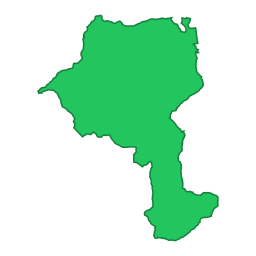 the district of Lapugiu De Jos, Hunedoara, Romania
{"feature_id": "2599482B98896548530240", "entity_name": "Lapugiu De Jos", "entity_type": "district", "adm_level": 2, "iso_a3": "ROU", "parent_name": "Romania", "parent_adm1": "Hunedoara", "projection": "albers", "projection_center": [22.473, 45.86], "detail": "fine", "context": "isolated", "style": "filled", "palette": "green", "viewbox_px": 256, "rotation_deg": 0, "n_neighbors": 0, "source": "geoboundaries", "source_scale": "gbopen_adm2", "svg_char_len": 5772}
<svg xmlns="http://www.w3.org/2000/svg" viewBox="0 0 256 256"><path d="M217.9,197.1L217.3,196.3L215.9,195.4L213.3,194.6L211.3,193.3L208.8,192.7L203.8,192.7L202.6,193.2L202.5,193.5L202.1,194.2L200.1,195.2L198.1,195.2L195.8,194.8L194.2,194.0L193.3,193.3L193.0,192.6L192.9,192.8L192.4,192.8L192.4,192.4L192.0,192.4L191.1,191.8L189.5,191.3L188.7,191.8L186.8,191.6L186.2,191.3L185.2,190.0L185.1,189.3L184.9,189.0L184.0,188.6L183.6,188.8L183.3,188.5L182.6,188.3L182.2,187.9L182.8,186.3L182.8,182.9L182.4,180.6L182.5,179.8L182.2,179.6L182.1,178.7L181.7,178.6L181.7,177.9L181.2,175.6L181.3,175.0L181.1,174.2L181.2,173.1L180.9,172.1L180.9,169.5L181.2,169.0L181.3,168.2L181.4,165.3L181.0,164.6L180.5,162.5L180.2,161.9L179.4,161.7L178.3,160.4L178.2,158.9L178.5,157.6L178.3,156.6L178.7,154.8L179.1,154.5L179.3,153.5L180.3,152.3L181.8,151.1L182.2,150.3L182.0,148.8L181.7,148.6L181.9,147.8L181.6,146.9L182.2,146.0L182.2,143.8L182.5,143.5L182.4,143.3L182.6,142.9L182.2,142.4L182.6,141.5L182.5,141.1L182.8,140.1L183.1,139.7L183.0,139.4L183.3,139.3L183.7,138.1L183.9,138.0L184.1,137.5L183.9,137.2L184.3,137.0L184.4,136.4L184.9,135.7L184.6,135.0L184.8,134.6L184.2,133.6L184.2,133.1L183.8,132.8L183.4,131.6L183.8,131.0L183.2,131.1L182.1,132.0L181.4,131.8L181.1,130.6L180.0,128.9L178.6,128.1L176.9,126.5L176.3,125.2L173.4,121.5L172.3,120.7L169.5,117.9L170.0,117.5L170.3,116.9L170.3,114.8L170.7,114.2L171.8,111.6L172.1,111.2L175.9,110.6L176.5,109.1L176.7,108.5L177.1,108.4L177.1,107.9L177.5,107.8L177.6,107.2L177.4,106.8L178.9,106.1L180.0,104.3L181.8,103.0L183.3,101.3L184.0,100.8L185.7,100.2L187.1,99.3L188.1,98.4L189.1,96.5L193.5,94.0L194.7,93.6L197.2,92.0L199.0,90.6L200.5,88.6L201.6,87.8L203.4,85.2L202.4,79.9L201.3,78.6L201.2,77.9L201.7,76.8L200.6,76.1L197.4,72.9L196.4,70.4L196.4,68.7L195.8,66.5L196.0,64.8L196.0,63.1L196.4,60.0L197.2,58.0L196.3,56.7L195.8,54.5L195.6,52.6L196.2,51.7L196.6,51.9L196.8,52.5L197.7,52.7L199.2,52.7L197.0,51.6L197.2,51.0L197.8,50.4L198.2,49.5L196.7,49.3L196.4,49.0L195.7,46.2L195.0,45.9L193.4,44.0L197.8,43.4L197.6,41.7L197.2,40.5L195.7,28.0L195.0,27.9L192.7,28.4L189.9,28.3L188.9,27.5L187.8,25.4L190.0,21.0L190.4,18.6L186.5,17.7L185.9,18.7L182.0,17.9L182.2,21.0L181.8,22.3L181.3,23.2L184.7,26.1L185.7,27.9L186.1,29.0L185.8,31.2L185.4,31.8L184.7,32.3L180.7,31.5L180.8,30.4L180.6,30.1L179.6,28.4L179.2,28.4L178.4,27.1L177.4,24.5L176.7,24.1L174.6,23.8L172.2,21.3L171.0,19.0L171.0,18.5L171.6,17.8L168.3,18.4L166.8,18.4L165.4,18.9L164.3,18.8L162.8,18.1L161.1,18.3L159.9,18.9L157.3,19.0L156.0,19.6L153.7,19.0L150.6,19.1L147.8,20.4L147.7,20.7L141.6,22.0L140.8,23.0L138.0,23.7L137.3,24.4L136.3,24.6L134.8,25.5L132.5,26.1L129.7,25.9L128.4,26.2L124.7,25.8L123.6,25.3L122.6,24.3L121.7,22.7L119.8,21.1L116.9,22.2L116.2,22.9L114.5,23.3L113.4,23.1L112.2,22.2L109.5,21.5L108.0,20.7L104.4,21.4L102.6,20.0L101.9,18.8L101.8,16.4L101.2,15.6L100.1,15.4L98.7,16.0L97.2,15.9L96.3,16.1L95.5,16.5L95.0,18.2L94.9,19.1L93.9,20.5L91.4,22.0L91.0,23.3L90.5,23.7L88.0,26.4L87.0,27.0L87.5,28.5L87.4,29.4L87.0,30.5L86.3,31.5L85.2,32.0L84.6,32.6L83.6,34.9L83.5,35.7L83.7,36.0L83.8,36.8L84.2,36.4L84.6,36.8L83.6,37.7L83.5,37.8L83.8,37.9L83.5,38.4L83.6,38.7L83.0,39.4L83.4,41.0L83.7,44.4L83.3,48.8L82.9,49.9L82.1,50.7L81.9,51.8L81.3,52.2L81.0,53.5L81.3,55.7L81.7,56.3L82.3,57.8L82.3,58.3L81.6,59.4L80.3,60.6L78.6,62.6L76.5,63.4L74.2,63.3L73.7,63.5L73.3,64.6L73.1,67.4L72.3,68.2L67.5,69.3L66.4,70.2L64.0,70.2L62.2,70.6L61.4,70.9L60.2,71.9L58.5,72.5L57.2,73.9L55.9,77.0L53.2,78.6L52.2,80.6L51.2,81.5L50.0,82.2L49.0,83.8L46.9,84.8L45.7,87.1L41.5,87.9L40.5,88.7L39.3,90.2L38.0,91.1L38.8,93.4L40.1,92.8L40.8,93.0L41.1,92.9L41.1,93.1L41.7,93.3L41.6,92.3L41.8,92.1L48.6,89.6L49.4,89.9L53.9,90.4L55.8,92.3L57.0,93.0L57.5,93.8L58.9,97.3L60.3,99.0L61.0,101.3L61.2,103.4L61.6,104.2L61.6,104.6L62.4,106.8L66.4,108.9L67.6,110.8L69.1,111.6L72.5,114.5L73.6,116.8L74.7,118.1L74.8,118.9L73.5,121.2L73.7,122.4L75.0,123.3L74.6,125.8L74.7,126.6L73.8,127.7L82.5,136.8L83.6,135.9L85.1,135.2L86.2,134.2L86.8,133.9L88.2,134.0L90.8,134.6L91.6,133.7L93.3,132.2L93.9,132.4L95.6,133.5L96.5,134.7L96.6,135.2L97.6,136.8L98.1,137.1L99.4,136.9L100.2,137.2L101.4,136.9L102.1,136.5L102.9,135.3L103.2,135.1L106.5,135.4L107.7,135.0L108.6,135.0L110.1,135.7L110.3,136.6L111.7,139.0L114.5,142.3L114.9,143.1L117.5,144.6L119.3,145.2L121.6,146.9L123.4,147.3L127.6,147.2L130.8,146.7L133.3,147.0L134.1,146.7L136.1,147.5L136.3,148.4L135.9,149.9L136.3,151.5L136.1,152.1L133.6,154.6L133.9,155.9L133.7,159.2L134.0,162.3L136.4,162.5L138.7,163.8L139.9,165.0L142.5,166.8L144.0,165.2L146.2,164.8L147.3,164.2L149.0,162.1L150.8,161.5L151.5,162.7L151.5,163.5L152.3,166.5L151.5,167.6L150.9,169.2L150.9,169.6L150.5,170.5L150.3,171.9L149.9,173.0L150.0,175.6L149.8,177.1L150.5,178.3L151.4,180.9L151.3,182.3L151.1,183.3L151.3,184.3L152.4,186.2L152.1,188.1L152.7,190.3L153.0,193.6L152.5,195.1L152.7,195.6L152.2,199.3L152.8,200.1L152.7,202.0L153.1,204.5L152.8,205.9L153.0,206.7L152.6,207.3L151.4,207.9L149.9,209.6L146.9,210.6L145.5,211.5L144.7,212.4L144.4,214.2L144.9,215.3L146.6,216.0L147.9,217.3L148.4,218.3L148.6,220.2L149.8,221.3L150.5,222.4L151.1,223.7L151.8,224.4L152.8,224.7L153.8,225.6L155.5,226.5L155.1,227.5L154.7,228.0L154.7,228.3L155.2,228.9L155.5,230.1L154.5,231.1L154.3,232.7L154.5,233.7L154.2,234.1L153.8,235.6L154.6,237.4L155.1,238.0L155.6,238.2L159.9,237.6L162.5,238.4L163.3,237.9L164.1,238.5L167.4,239.4L168.5,240.2L172.3,240.0L174.6,240.6L175.5,240.6L177.6,239.5L178.7,239.2L181.1,237.6L182.9,237.2L186.7,234.4L190.1,231.6L190.8,230.3L191.3,229.8L193.9,228.9L196.4,225.9L198.0,224.8L198.9,222.8L199.9,222.3L200.1,219.9L201.1,218.1L204.4,217.4L206.6,217.5L211.2,216.2L211.5,214.5L212.9,210.7L214.0,208.7L216.3,207.0L217.9,206.0L217.7,202.7L218.0,199.7L217.8,197.7L217.9,197.1Z" fill="#22c55e" stroke="#15803d" stroke-width="1.5"/></svg>